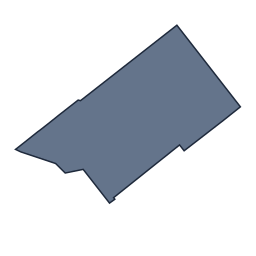 Archuleta, Colorado, United States of America (Robinson projection), rotated 142°
{"feature_id": "52423323B32025627866130", "entity_name": "Archuleta", "entity_type": "district", "adm_level": 2, "iso_a3": "USA", "parent_name": "United States of America", "parent_adm1": "Colorado", "projection": "robinson", "projection_center": [-106.855, 37.208], "detail": "fine", "context": "isolated", "style": "filled", "palette": "slate", "viewbox_px": 256, "rotation_deg": 142, "n_neighbors": 0, "source": "geoboundaries", "source_scale": "gbopen_adm2", "svg_char_len": 456}
<svg xmlns="http://www.w3.org/2000/svg" viewBox="0 0 256 256"><g transform="rotate(142 128 128)"><path d="M26.4,75.5L26.2,178.9L38.6,178.9L126.7,178.8L148.6,178.8L150.1,180.7L174.2,180.7L189.4,180.5L192.3,180.5L198.9,180.5L201.3,180.6L201.2,180.6L224.8,180.4L229.8,180.4L227.2,175.2L206.9,144.6L205.2,131.2L188.8,123.0L188.8,80.2L182.2,80.0L182.2,82.0L97.8,82.9L97.8,75.5L47.9,75.3L26.4,75.5Z" fill="#64748b" stroke="#1e293b" stroke-width="1.5"/></g></svg>